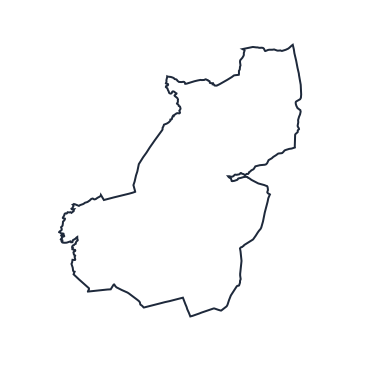 the district of Ham Thuan Bac, Bình Thuận, Vietnam, rotated 73°
{"feature_id": "81297802B59459676884366", "entity_name": "Ham Thuan Bac", "entity_type": "district", "adm_level": 2, "iso_a3": "VNM", "parent_name": "Vietnam", "parent_adm1": "Bình Thuận", "projection": "equal_earth", "projection_center": [107.987, 11.155], "detail": "fine", "context": "isolated", "style": "outline", "palette": "slate", "viewbox_px": 384, "rotation_deg": 73, "n_neighbors": 0, "source": "geoboundaries", "source_scale": "gbopen_adm2", "svg_char_len": 5973}
<svg xmlns="http://www.w3.org/2000/svg" viewBox="0 0 384 384"><g transform="rotate(73 192 192)"><path d="M217.1,118.2L215.5,119.7L214.5,120.1L213.7,119.8L212.4,118.8L210.4,118.4L209.0,118.3L208.3,118.5L207.4,119.8L206.6,120.7L203.2,126.1L197.8,131.6L195.8,133.1L194.7,134.3L193.9,134.6L193.1,136.5L192.8,138.4L192.8,141.2L192.6,143.2L192.7,144.0L193.3,144.6L193.6,145.4L193.7,148.3L193.4,150.3L193.1,150.8L192.9,150.8L190.6,150.8L188.6,152.5L187.5,152.9L188.0,151.4L188.9,150.0L189.1,148.8L188.9,147.7L188.1,146.2L188.0,145.7L188.6,144.3L188.9,141.7L188.8,141.1L188.2,140.3L188.1,139.8L188.3,139.4L189.0,139.0L190.1,137.3L191.2,136.7L191.3,136.0L190.7,134.5L191.1,133.1L190.5,132.1L189.8,131.7L189.4,130.3L188.6,128.8L188.4,127.3L188.0,126.2L186.0,123.9L186.2,119.3L187.2,114.4L187.2,113.2L186.5,111.8L184.2,109.7L183.9,109.4L183.1,105.9L182.2,104.0L181.4,101.0L180.5,98.5L180.5,97.8L181.0,95.5L181.1,94.4L180.5,93.1L179.4,91.4L179.3,91.0L179.2,89.7L179.2,86.4L179.6,83.9L179.5,80.6L178.2,80.3L167.6,76.7L167.1,76.4L166.6,75.6L166.0,74.2L165.5,73.3L164.3,73.0L163.8,72.5L163.2,71.3L162.4,71.2L160.3,71.7L159.5,71.6L156.4,70.0L154.2,69.5L151.3,67.6L149.4,66.0L146.9,64.6L145.3,64.5L144.4,65.3L143.3,65.9L142.9,66.5L140.1,67.0L138.2,67.0L137.1,66.8L136.4,66.5L136.0,66.1L135.7,65.1L134.9,61.5L133.7,60.3L130.7,59.1L121.3,56.7L111.5,55.5L110.0,55.2L104.2,54.8L96.9,54.0L89.2,53.5L85.4,52.9L80.7,52.6L81.2,54.0L82.4,56.5L83.0,58.0L83.4,60.8L83.4,64.6L83.2,65.2L82.4,66.2L82.2,67.6L81.7,69.1L79.7,71.8L79.4,73.8L78.5,76.7L78.4,77.9L78.6,79.8L78.6,80.7L78.3,81.0L76.1,81.3L75.5,81.6L74.9,82.1L74.4,83.2L73.8,85.5L72.9,87.0L72.6,88.0L71.1,91.4L70.1,101.9L71.6,100.4L72.0,100.3L74.2,101.8L75.9,102.3L76.6,102.7L78.3,104.5L80.0,107.2L80.7,107.7L81.8,108.1L85.1,108.6L86.3,109.5L88.8,110.5L89.9,111.7L92.9,112.6L93.6,113.0L92.9,116.8L92.8,117.8L93.7,120.3L95.0,125.3L97.0,134.2L97.5,137.3L97.3,137.7L97.0,138.8L96.7,139.3L95.8,139.5L95.1,140.8L94.8,140.7L94.3,140.1L94.1,140.1L93.4,142.2L92.8,143.0L91.5,142.8L91.1,142.9L90.4,143.9L89.6,144.2L89.2,144.9L88.3,145.8L88.2,146.2L88.4,147.7L87.8,150.0L87.3,151.1L87.0,154.0L86.8,157.3L86.8,165.4L86.6,166.7L86.5,166.9L85.5,166.8L84.5,167.3L84.1,168.0L83.8,170.0L82.9,172.3L81.4,173.4L80.1,173.8L79.6,174.3L78.9,175.6L77.9,176.0L77.0,176.9L75.8,178.6L74.5,181.6L74.2,181.9L74.9,182.2L77.6,183.8L79.3,184.2L80.4,185.2L80.8,185.0L81.7,183.5L82.5,183.5L83.0,184.1L83.3,186.0L84.0,186.3L85.8,185.2L87.5,185.2L88.9,184.9L90.4,184.9L91.0,184.6L91.7,183.6L91.7,183.0L91.4,182.4L90.4,181.6L90.2,181.1L90.3,180.5L91.0,179.6L92.2,178.9L93.2,178.0L93.5,178.2L94.3,180.1L94.7,180.5L95.3,180.3L97.8,178.6L99.4,178.3L100.6,178.9L101.7,179.1L103.0,180.5L103.4,180.4L104.4,179.5L105.8,179.5L106.5,178.7L107.2,178.5L108.9,178.6L109.6,179.1L110.5,180.3L112.6,180.3L113.0,180.7L113.1,181.1L112.3,183.0L112.3,183.8L113.2,186.5L113.3,187.4L113.5,187.7L114.1,187.3L114.3,187.5L114.2,188.3L114.6,188.9L116.4,190.0L116.5,190.3L116.4,191.1L116.4,191.5L117.2,191.6L117.5,191.9L118.6,193.9L119.2,196.1L119.4,199.1L120.9,200.2L122.1,201.4L123.4,201.8L124.1,202.4L131.6,212.4L137.0,219.3L141.1,224.1L144.5,228.6L149.8,234.7L156.4,238.3L159.8,240.7L165.2,243.8L168.3,246.0L174.8,246.2L175.2,246.3L175.3,249.0L175.2,252.8L174.3,268.6L173.9,278.6L168.2,280.0L168.9,280.4L169.4,281.4L169.9,284.0L170.6,286.1L170.6,287.3L170.1,288.1L169.5,288.5L169.2,288.9L169.2,290.0L169.3,290.6L170.3,292.5L170.5,293.4L171.0,294.8L171.0,297.6L171.4,298.5L171.7,299.7L171.8,302.8L172.2,304.2L169.6,307.4L169.0,308.4L169.2,308.6L169.3,309.7L170.1,309.3L170.7,309.4L172.6,311.3L172.7,312.1L173.2,312.1L173.7,311.5L173.7,310.9L174.0,309.7L174.6,310.5L175.4,310.5L175.7,310.8L176.7,313.4L175.8,314.1L175.7,315.2L175.0,316.9L175.8,317.8L175.9,318.4L175.4,319.2L175.4,319.5L175.6,320.0L176.0,320.5L177.1,321.1L178.1,322.3L179.0,323.1L179.3,323.0L179.7,322.6L180.2,321.4L180.5,321.3L180.8,321.5L181.8,322.4L182.5,323.9L182.9,324.2L183.9,324.5L186.3,325.6L186.6,326.0L187.4,327.5L189.4,327.4L190.2,327.8L190.5,328.4L191.0,330.0L191.4,330.7L191.6,330.8L192.4,329.8L193.3,329.3L194.0,327.5L194.3,327.1L194.5,327.1L194.8,327.3L195.1,329.3L195.4,329.8L195.9,329.6L196.2,329.1L196.3,327.1L196.8,327.1L197.1,327.7L197.0,329.1L197.1,329.5L197.5,329.8L198.4,330.0L198.6,330.9L199.1,331.4L199.5,331.2L200.3,330.1L200.9,330.2L201.3,331.1L202.1,330.9L202.6,330.4L203.3,328.7L203.8,326.7L203.7,322.7L204.7,322.4L205.0,321.2L204.8,320.8L203.7,320.4L203.3,320.0L202.6,317.2L201.7,315.6L201.5,314.9L203.4,315.4L204.4,315.3L204.9,315.5L205.3,316.6L206.0,317.5L206.5,317.9L207.5,318.3L207.7,319.6L208.3,320.6L208.3,321.4L208.5,321.9L209.6,322.8L210.0,322.8L210.1,322.3L210.4,322.2L211.5,323.2L211.9,323.1L212.2,322.2L212.7,322.0L213.2,320.8L213.6,320.7L214.0,320.8L214.3,321.2L214.6,322.4L215.0,323.0L217.1,323.2L217.5,323.0L218.3,322.9L218.6,322.3L218.8,322.3L219.7,323.2L222.4,323.4L222.7,323.6L222.7,324.1L221.9,326.1L224.6,327.4L225.1,328.0L225.6,328.3L229.5,328.2L232.4,328.7L233.4,328.5L233.9,327.6L236.1,329.3L242.6,325.6L253.9,318.7L254.8,318.9L256.6,320.6L256.8,320.6L260.5,301.5L261.3,298.2L257.8,294.2L257.6,293.7L257.7,293.4L259.5,292.9L261.1,292.1L265.3,287.7L269.3,283.1L270.6,282.0L279.4,275.6L281.1,274.5L282.3,274.1L284.5,274.3L286.5,272.8L288.3,272.0L288.4,271.8L289.2,254.8L289.4,250.0L289.8,245.3L290.4,231.6L297.5,231.1L300.3,230.8L302.8,230.8L306.6,230.3L310.5,230.0L310.6,227.8L310.3,220.5L310.1,218.2L309.7,205.5L309.8,204.9L310.4,204.0L312.3,201.4L313.7,199.3L313.9,198.7L313.8,198.4L311.5,192.4L311.2,192.0L310.2,191.0L306.2,188.2L302.3,185.1L295.3,176.8L295.0,176.0L295.2,175.1L295.1,174.3L293.3,173.0L292.5,172.5L291.1,172.1L289.5,170.9L286.1,170.4L284.4,169.9L272.4,164.8L263.2,163.0L260.0,162.6L259.4,161.8L259.2,161.1L259.2,160.0L258.8,159.3L258.7,158.6L258.1,157.8L257.9,157.3L255.3,147.7L255.1,147.3L252.4,143.8L249.9,140.9L248.6,139.2L247.4,137.3L246.3,136.2L240.9,132.7L232.9,128.4L223.5,122.6L220.2,120.8L217.1,118.2Z" fill="none" stroke="#1e293b" stroke-width="2"/></g></svg>